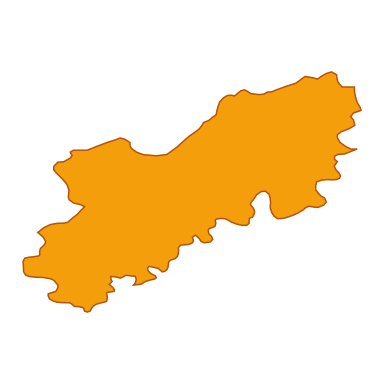 outline of Voranava, Grodno, Belarus
{"feature_id": "67162791B43104058935452", "entity_name": "Voranava", "entity_type": "district", "adm_level": 2, "iso_a3": "BLR", "parent_name": "Belarus", "parent_adm1": "Grodno", "projection": "natural_earth1", "projection_center": [25.132, 54.061], "detail": "fine", "context": "isolated", "style": "filled", "palette": "amber", "viewbox_px": 384, "rotation_deg": 0, "n_neighbors": 0, "source": "geoboundaries", "source_scale": "gbopen_adm2", "svg_char_len": 3483}
<svg xmlns="http://www.w3.org/2000/svg" viewBox="0 0 384 384"><path d="M357.1,149.0L351.1,149.2L346.0,146.7L340.1,142.5L337.4,137.9L337.4,134.6L340.8,132.0L349.7,128.4L354.8,125.3L353.5,119.9L350.7,116.6L353.4,113.0L361.0,110.4L359.9,106.8L357.2,102.7L355.5,96.8L354.4,91.4L354.4,87.0L346.2,87.0L342.1,87.0L338.0,82.2L336.9,78.1L336.6,74.7L331.5,71.9L326.3,73.5L322.2,75.8L317.4,79.1L313.3,77.8L305.1,76.5L300.3,79.9L295.9,83.2L287.0,86.0L277.1,89.6L271.5,91.9L267.3,92.1L263.8,94.1L259.2,94.6L250.7,93.6L247.4,91.3L244.3,89.8L240.6,90.9L236.7,94.2L234.5,96.0L231.7,95.2L227.3,95.5L223.5,97.8L219.8,101.8L218.1,106.2L217.0,110.3L216.1,114.8L212.6,117.2L208.7,120.5L203.6,122.5L201.7,125.8L199.2,128.9L195.3,132.0L190.5,135.2L186.1,138.8L176.9,147.2L169.2,152.8L166.4,154.6L155.9,155.8L149.1,155.1L143.8,154.8L136.8,152.3L131.5,148.5L130.0,145.7L130.0,142.6L125.0,139.3L120.1,138.0L115.5,139.8L107.6,142.3L98.0,145.9L87.3,150.2L79.6,150.2L73.5,150.2L70.2,152.1L72.1,155.6L70.2,158.1L63.8,161.7L57.9,162.2L53.9,166.2L53.7,169.9L57.0,173.7L63.1,179.7L67.0,184.5L69.0,190.3L68.3,197.0L69.2,199.8L73.6,203.0L81.0,204.8L84.6,206.8L80.8,210.4L77.5,214.2L72.9,217.7L67.6,222.3L63.7,223.2L58.0,223.2L50.5,224.5L44.2,227.5L38.2,232.1L37.9,232.5L38.0,232.5L43.1,237.1L45.5,241.1L45.3,243.4L43.7,245.4L40.4,248.5L39.6,251.5L39.8,254.7L38.7,255.9L33.4,256.8L29.6,257.1L24.9,258.1L23.0,261.5L23.4,266.1L23.6,271.8L25.7,275.2L29.9,276.6L36.1,277.2L43.4,277.5L50.3,278.7L53.6,280.1L57.9,285.1L57.9,287.7L55.8,291.4L52.3,292.5L48.3,293.7L48.1,295.7L49.5,298.9L53.3,301.1L57.0,302.2L62.3,302.7L64.8,302.7L69.7,302.8L71.9,304.2L74.3,306.4L79.0,306.7L82.3,307.4L83.7,308.4L84.5,311.0L87.2,312.1L90.2,311.0L91.7,308.2L93.7,305.7L96.4,304.2L101.3,302.8L104.1,302.2L104.7,302.0L106.6,301.3L107.4,297.6L107.0,295.2L106.6,293.1L108.0,292.2L110.5,292.0L114.1,291.4L114.5,290.0L113.1,287.8L111.5,286.4L109.2,284.4L110.5,283.1L112.1,281.4L111.1,279.3L110.7,276.4L115.4,276.9L120.5,278.1L122.9,277.0L125.8,275.3L131.9,276.0L135.4,276.3L136.2,279.5L135.4,282.7L133.5,285.1L137.8,284.6L141.5,284.0L144.9,281.8L147.2,280.9L152.1,279.5L154.9,279.0L156.2,277.7L155.3,275.8L151.3,273.8L148.4,271.2L147.4,268.2L149.0,266.4L152.3,267.0L158.2,268.4L160.2,270.1L162.3,271.9L164.9,271.3L167.0,269.5L168.0,267.2L168.4,264.2L168.8,261.5L170.8,260.1L174.9,258.8L177.4,256.5L178.3,253.9L178.6,250.1L178.4,247.5L180.8,245.1L184.7,244.8L188.6,244.5L192.0,243.1L193.5,241.3L193.1,239.4L192.4,237.3L195.3,235.1L199.2,238.5L201.0,241.4L204.3,242.8L210.4,241.9L212.8,239.4L211.6,236.4L208.9,233.8L208.1,230.5L209.2,228.5L212.4,227.6L215.1,226.1L215.9,223.1L215.1,220.8L216.3,219.0L221.0,218.4L224.8,218.7L227.7,219.9L231.6,222.2L236.7,224.1L242.6,225.4L246.8,225.3L249.1,223.3L249.1,220.5L249.5,218.2L252.6,217.1L253.9,214.6L254.7,211.4L253.7,208.9L252.1,206.6L250.3,204.6L251.3,202.2L252.9,200.3L254.7,197.8L256.4,195.0L261.1,191.6L265.4,191.2L269.0,194.2L270.2,198.2L270.6,202.8L270.2,206.2L270.5,208.8L271.9,212.8L273.8,215.9L277.4,218.7L283.5,218.3L288.0,217.0L291.1,215.9L293.8,214.9L297.9,213.0L301.3,211.0L303.6,209.6L305.4,207.8L309.0,206.2L313.9,207.1L318.0,207.4L319.0,207.0L323.7,205.0L326.3,202.1L324.7,198.1L320.8,195.9L318.6,193.5L315.7,189.9L315.7,185.6L316.7,181.8L321.8,180.1L327.5,179.6L332.3,179.8L336.4,179.6L339.6,178.2L340.5,175.8L338.9,172.9L336.1,170.0L334.2,166.2L336.1,163.3L337.3,161.6L334.5,159.2L334.7,156.0L338.2,154.3L344.2,154.1L357.1,149.0Z" fill="#f59e0b" stroke="#b45309" stroke-width="1.5"/></svg>